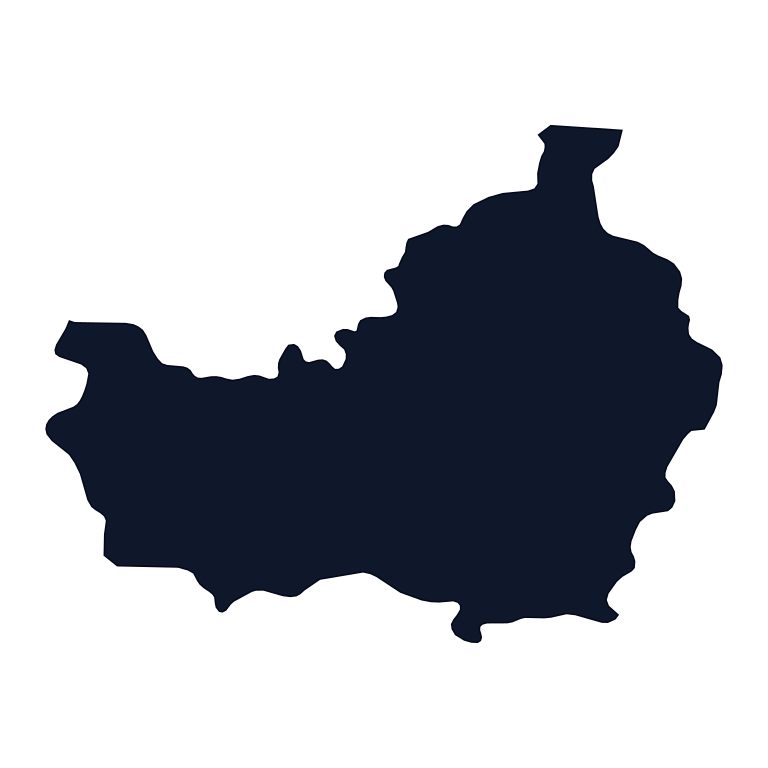 the County of Cluj
{"feature_id": "ROU-296", "entity_name": "Cluj", "entity_type": "County", "adm_level": 1, "iso_a3": "ROU", "parent_name": "Romania", "parent_adm1": "", "projection": "equal_earth", "projection_center": [23.487, 46.867], "detail": "fine", "context": "isolated", "style": "filled", "palette": "ink", "viewbox_px": 768, "rotation_deg": 0, "n_neighbors": 0, "source": "natural_earth", "source_scale": "10m", "svg_char_len": 3391}
<svg xmlns="http://www.w3.org/2000/svg" viewBox="0 0 768 768"><path d="M621.9,130.4L617.9,146.2L613.4,152.6L607.9,158.3L594.0,168.4L591.5,173.9L591.4,180.5L593.1,186.4L597.8,216.9L599.8,223.7L602.8,229.2L607.4,233.7L612.9,236.5L637.3,242.4L643.8,245.8L652.7,253.4L657.4,256.0L667.3,260.1L673.5,264.1L679.5,272.1L681.4,278.8L680.8,285.8L678.8,292.7L677.6,299.7L677.5,307.9L680.9,311.6L688.4,316.4L689.3,319.8L688.3,323.8L687.7,328.1L688.3,334.5L691.4,339.2L696.6,342.7L711.7,350.1L719.7,357.9L721.9,365.4L721.1,374.2L718.7,382.1L716.1,404.9L713.5,411.7L704.2,428.9L691.1,430.2L687.2,433.7L682.6,439.1L666.7,466.6L664.8,472.8L664.7,477.7L667.4,481.6L671.2,485.9L674.1,491.4L674.6,500.9L671.8,507.0L667.7,510.5L652.2,512.9L646.6,515.2L639.4,521.5L635.3,529.4L630.8,541.0L629.9,547.3L630.9,552.4L633.3,556.9L634.6,561.5L634.1,567.7L631.3,570.8L622.1,576.2L616.4,581.3L607.9,593.2L606.0,600.0L608.3,606.2L618.1,614.9L614.9,619.0L607.7,622.2L602.0,622.1L575.3,614.5L566.5,613.5L550.8,617.0L544.2,617.6L524.8,617.2L520.6,618.2L512.3,621.6L507.2,622.6L487.0,622.7L482.2,624.0L479.6,626.5L479.4,630.1L480.5,633.7L481.3,637.4L480.4,640.5L477.6,642.3L471.4,642.0L464.4,640.0L455.6,634.6L452.3,629.0L451.7,624.2L453.9,619.8L457.5,615.2L460.7,609.7L460.6,605.3L458.0,602.2L453.2,600.6L439.2,601.8L431.2,601.5L421.9,599.8L400.6,592.1L376.6,576.3L370.4,573.4L363.1,571.8L319.8,579.1L304.2,589.8L300.0,593.6L296.0,595.7L290.4,596.4L283.1,595.5L263.4,589.9L255.5,590.0L251.3,591.4L233.6,601.0L230.3,604.0L225.7,610.1L222.4,611.8L219.4,611.2L216.4,607.3L215.6,603.6L214.9,597.1L212.9,594.0L209.2,591.0L203.9,587.5L200.1,584.1L197.7,580.6L193.8,573.0L187.8,569.7L178.0,567.0L117.3,565.7L104.3,555.3L104.7,534.5L106.6,520.6L104.7,516.1L100.6,512.5L95.9,509.7L91.9,506.5L88.0,499.7L80.6,473.8L75.0,462.3L69.5,454.2L52.3,440.5L47.2,434.0L46.1,429.0L46.9,424.5L49.3,420.4L53.0,416.7L57.9,413.5L73.7,407.4L77.6,404.6L80.5,400.8L82.8,396.3L85.2,390.3L87.2,383.8L89.1,373.6L86.8,367.8L81.4,363.8L59.6,356.3L55.9,353.7L55.2,350.1L56.7,345.0L66.2,328.8L69.4,321.0L74.5,322.8L125.7,323.6L133.3,324.9L138.1,327.1L142.3,330.3L145.6,335.4L152.7,352.0L157.3,359.2L161.7,363.9L167.1,365.7L183.0,367.1L187.1,368.4L190.1,370.7L192.1,373.9L194.4,376.5L197.7,378.4L201.7,378.6L211.1,377.0L216.3,376.9L221.2,377.7L225.9,379.2L232.3,380.5L239.6,379.5L248.0,376.8L254.2,375.7L259.1,376.2L268.8,379.6L274.2,379.2L278.1,377.1L279.4,372.5L278.6,368.0L278.8,363.5L280.0,359.6L285.8,349.3L288.7,345.4L293.9,344.7L297.5,346.8L300.3,351.1L303.0,359.6L305.4,362.1L309.1,362.9L318.2,360.4L322.7,360.1L326.2,361.3L329.2,364.0L331.9,367.2L334.9,369.7L339.0,369.5L342.8,367.0L346.4,359.2L346.6,354.2L344.8,349.1L340.3,345.2L336.4,340.9L334.9,336.0L336.8,332.2L343.1,329.7L347.5,329.8L354.7,332.2L357.2,331.2L358.8,324.2L360.7,320.8L365.8,318.3L370.9,317.6L380.5,317.9L386.2,317.4L392.4,315.8L396.8,312.5L398.4,307.1L397.8,302.9L393.9,290.7L391.9,287.0L386.0,280.5L384.6,276.9L385.0,273.2L387.4,270.5L396.1,268.2L398.9,266.6L399.8,263.7L402.6,257.4L405.7,252.3L406.3,247.4L407.1,243.0L408.7,239.5L428.3,232.6L437.9,226.9L443.5,225.4L448.3,225.7L452.8,227.3L456.8,227.3L460.4,225.0L463.5,218.1L467.3,211.5L474.0,204.8L488.9,197.6L502.9,193.7L528.3,191.3L534.9,189.0L538.2,184.0L537.9,173.4L539.9,163.0L541.9,156.4L544.6,151.6L545.4,147.2L545.2,143.5L538.6,134.9L550.8,125.7L621.9,130.4Z" fill="#0f172a" stroke="#020617" stroke-width="1.5"/></svg>